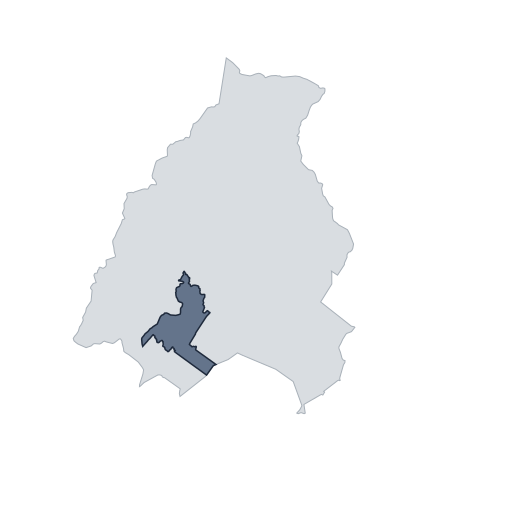 Chuquisaca highlighted on a map of Bolivia, rotated 36°
{"feature_id": "BOL-1292", "entity_name": "Chuquisaca", "entity_type": "Department", "adm_level": 1, "iso_a3": "BOL", "parent_name": "Bolivia", "parent_adm1": "", "projection": "robinson", "projection_center": [-64.786, -19.94], "detail": "fine", "context": "in_parent", "style": "filled", "palette": "slate", "viewbox_px": 512, "rotation_deg": 36, "n_neighbors": 0, "source": "natural_earth", "source_scale": "10m", "svg_char_len": 9041}
<svg xmlns="http://www.w3.org/2000/svg" viewBox="0 0 512 512"><g transform="rotate(36 256 256)"><path d="M118.4,291.2L117.7,285.0L116.8,283.5L115.3,282.5L114.8,281.3L115.3,280.0L118.1,277.5L119.6,277.0L120.0,275.7L125.1,268.5L126.7,267.0L128.5,266.0L129.3,265.1L128.9,262.4L129.0,260.7L129.6,259.5L133.0,257.4L133.4,257.0L133.2,256.3L131.7,255.0L128.6,253.8L126.6,253.9L124.6,251.9L120.5,240.9L119.8,238.4L119.8,237.4L122.5,231.9L125.5,227.6L125.2,226.6L121.8,222.3L120.8,220.3L121.1,215.8L123.0,214.5L124.0,210.5L124.8,209.9L126.7,207.1L129.1,204.7L129.3,201.7L130.1,200.8L132.2,199.9L132.4,199.1L131.9,197.1L130.9,195.0L130.0,193.9L128.8,188.7L127.6,186.1L128.9,183.8L129.7,181.1L130.0,178.1L129.8,164.7L132.4,161.4L133.7,160.7L134.9,159.5L134.8,157.4L136.6,154.6L115.5,113.2L123.7,113.3L132.6,114.8L134.1,115.7L134.5,117.1L135.5,117.8L137.9,117.4L145.2,113.9L146.3,112.7L148.8,108.8L150.8,106.6L152.7,105.8L156.4,105.5L157.5,106.1L159.0,106.1L160.3,103.8L162.3,101.3L166.1,98.2L168.1,97.4L169.3,96.3L171.5,96.1L173.3,95.0L182.2,87.2L185.9,85.2L190.0,84.3L193.2,83.2L201.1,82.1L206.3,81.6L207.9,82.7L209.7,82.4L211.3,80.7L212.6,80.1L213.5,80.2L214.9,82.2L215.6,84.4L215.1,86.1L215.2,88.5L215.8,91.7L215.5,94.6L212.6,99.8L212.4,101.4L212.5,103.5L213.4,106.9L215.0,111.7L215.3,115.2L214.1,117.5L213.6,119.4L213.7,121.1L214.1,122.3L214.8,122.9L215.2,124.3L215.3,126.2L216.2,128.2L218.0,130.0L218.7,131.8L218.4,133.5L218.5,134.5L219.0,134.9L220.2,134.1L220.7,134.3L222.0,136.7L222.8,139.1L223.0,140.5L226.8,142.0L231.9,146.6L234.2,147.9L236.4,152.9L240.3,154.1L247.7,155.3L251.2,153.7L253.5,154.0L256.0,155.1L261.5,159.4L263.8,160.1L265.4,159.0L266.9,158.6L268.1,159.1L269.3,162.7L273.5,166.7L275.1,167.8L277.0,167.7L284.8,171.4L286.8,171.7L288.9,171.5L290.3,172.2L290.8,174.4L294.3,178.7L295.9,180.5L297.9,181.9L302.9,181.9L304.4,182.3L314.6,181.0L318.4,182.9L327.9,189.0L329.8,192.9L330.2,195.1L329.7,197.3L328.9,198.1L328.6,199.5L328.9,201.6L330.4,203.5L331.7,209.8L332.6,211.1L333.2,223.6L325.9,223.9L327.2,225.1L333.8,234.1L335.3,255.2L373.4,256.7L374.4,256.7L377.2,255.5L377.9,255.6L377.7,261.1L374.9,265.3L374.7,266.7L375.1,272.3L376.0,276.8L376.5,280.9L377.6,282.2L380.9,284.3L385.8,288.3L387.8,288.9L389.5,288.3L390.5,289.9L390.7,292.6L395.1,304.6L395.9,306.2L397.2,307.1L396.9,307.7L395.8,307.9L395.3,308.8L390.3,325.7L391.5,325.8L391.8,329.2L390.3,329.5L389.9,330.2L382.0,347.9L388.2,354.2L387.6,355.3L384.5,356.2L382.8,358.8L381.3,359.1L381.8,354.7L381.3,350.8L380.9,349.9L359.9,335.7L338.6,336.0L303.7,344.2L298.0,345.3L294.3,356.2L285.9,369.7L285.9,383.2L277.1,414.3L274.9,412.4L273.3,409.4L272.9,408.1L272.7,408.0L253.5,408.2L252.5,408.8L251.2,408.8L250.2,408.2L249.2,408.3L247.8,408.9L246.5,410.0L239.8,424.2L238.9,429.3L238.5,430.2L237.4,428.4L233.9,418.0L232.0,414.2L229.8,413.1L223.1,411.0L211.0,410.6L207.1,411.0L205.1,410.8L203.1,408.6L198.5,404.9L197.6,403.7L195.8,402.9L194.8,402.8L194.1,403.6L192.4,409.5L191.4,411.1L185.1,413.6L183.5,413.9L182.6,415.3L182.2,417.3L181.4,419.0L177.0,421.7L176.1,422.8L175.6,425.5L172.4,430.0L163.5,431.9L160.6,431.8L158.6,431.6L156.6,430.1L156.4,427.6L156.7,424.9L156.5,421.3L154.9,417.0L155.0,415.6L154.8,413.5L154.0,409.6L151.9,407.6L151.1,401.5L149.4,397.9L149.1,389.4L143.5,380.0L141.2,379.4L140.7,378.8L140.4,377.4L140.5,373.9L142.3,371.5L136.3,367.0L135.9,365.8L135.9,364.8L137.5,363.0L136.5,360.7L136.6,358.7L135.9,357.8L136.0,357.1L136.6,356.6L139.5,355.9L140.4,353.8L140.5,352.1L140.0,350.9L137.3,347.8L137.2,347.3L142.6,339.6L142.5,339.0L142.0,338.2L139.0,336.0L135.7,332.4L133.4,330.5L131.7,328.7L130.9,327.2L130.6,323.0L129.5,318.9L127.9,308.9L126.6,305.2L127.9,303.2L127.8,302.7L122.7,299.8L121.6,295.2L118.4,291.2Z" fill="#d9dde1" stroke="#a8b0b8" stroke-width="1"/><path d="M287.4,367.3L286.9,368.1L286.1,369.5L285.9,370.2L286.0,381.4L249.1,381.4L246.9,381.3L246.4,381.3L246.4,381.2L246.0,380.8L245.8,380.5L245.9,380.2L246.0,379.9L245.9,379.9L245.6,379.9L245.5,380.0L244.8,380.0L244.6,379.8L244.5,379.3L244.3,379.1L243.9,379.0L243.4,379.0L243.0,379.1L242.7,379.2L242.4,378.9L242.1,378.6L241.8,379.0L241.7,379.4L241.7,380.0L241.9,381.6L241.9,381.8L241.7,382.1L241.6,382.3L241.5,382.8L241.4,383.0L241.5,383.5L241.5,384.2L241.4,384.4L241.4,384.5L241.2,384.9L241.0,385.0L240.8,385.2L240.7,385.2L239.8,385.0L239.5,384.9L238.2,385.1L237.7,385.0L236.9,384.6L236.1,383.8L235.8,383.7L235.7,383.6L235.4,383.6L234.8,383.6L234.1,383.8L233.9,383.8L233.6,383.7L233.4,383.5L232.9,382.1L232.1,381.1L231.6,380.7L231.4,380.5L231.3,380.1L231.2,380.0L231.1,379.9L230.9,379.9L230.6,379.9L230.3,379.8L230.0,379.6L229.9,379.5L229.6,379.6L229.4,379.7L229.2,380.1L229.0,380.5L228.7,381.0L228.5,381.4L228.5,381.8L228.5,382.2L228.5,382.4L228.3,382.7L228.3,382.9L228.2,383.2L228.1,383.4L227.9,383.5L227.6,383.7L227.1,383.9L226.9,384.0L226.7,384.0L226.6,383.9L226.5,383.7L226.4,383.7L226.0,383.5L225.9,383.4L225.7,383.0L225.6,382.9L225.4,382.8L225.1,382.7L224.9,382.2L224.7,382.0L224.6,381.9L224.2,382.0L224.0,381.9L223.9,381.9L223.6,381.6L223.4,381.5L223.1,381.7L222.9,381.7L222.6,381.4L222.3,381.4L222.1,381.4L221.4,380.4L221.2,380.3L221.1,380.2L220.8,380.3L220.5,380.4L220.4,380.4L220.2,380.4L219.8,380.3L219.7,380.2L219.4,380.0L219.2,380.0L218.9,380.4L218.9,380.6L218.6,385.4L218.2,386.9L218.2,387.2L218.2,388.3L218.2,388.8L217.6,394.2L217.5,395.7L215.6,394.2L212.3,390.4L211.9,389.4L211.9,389.2L211.9,388.5L212.1,385.8L212.1,385.6L212.0,385.3L212.0,385.0L212.0,384.7L212.0,384.1L213.0,380.4L213.1,377.1L213.7,375.9L213.9,375.5L214.2,373.9L214.3,373.5L216.1,369.0L214.4,361.9L214.4,361.3L214.4,360.4L214.4,360.1L214.6,359.3L214.7,359.0L214.9,358.8L215.6,357.6L215.7,357.2L215.6,356.7L215.6,356.0L215.7,355.9L215.8,355.8L216.0,355.7L216.6,355.1L217.1,354.7L217.6,354.5L218.3,354.4L218.8,354.2L221.2,354.0L221.6,353.9L226.0,351.2L227.8,349.1L228.6,347.9L228.8,347.6L228.6,347.0L228.1,346.0L226.1,343.2L225.9,342.6L225.8,342.1L225.7,341.6L225.8,341.1L225.9,340.6L226.0,340.4L225.9,340.2L225.7,339.8L225.6,339.6L225.4,339.1L225.1,338.5L224.8,337.9L224.4,337.6L223.7,337.4L223.0,337.4L221.2,338.1L220.7,338.1L220.6,337.9L220.3,338.0L219.9,338.2L219.3,337.9L217.9,337.1L217.5,336.8L217.2,336.5L216.1,336.3L215.7,336.0L215.4,335.7L214.3,334.8L214.0,334.5L213.5,333.7L212.9,333.2L212.5,332.8L212.4,332.5L212.3,331.8L212.2,331.5L212.1,331.2L211.9,331.1L211.2,330.5L210.8,329.8L210.4,328.5L210.4,328.4L210.5,328.0L211.5,326.3L211.6,326.1L211.9,325.8L212.0,325.6L212.0,325.4L211.9,325.1L211.9,324.7L211.8,324.4L211.7,324.2L211.3,323.8L211.2,323.7L211.1,323.3L211.2,323.0L211.2,322.9L212.1,322.0L212.4,321.8L212.6,321.6L212.8,321.4L213.0,320.9L213.1,320.6L213.1,320.4L213.1,320.1L213.0,319.9L212.9,319.8L212.8,319.7L212.7,319.6L212.4,319.6L211.3,319.8L210.8,320.0L208.3,321.4L208.2,321.4L208.1,321.5L207.9,321.4L207.7,321.2L207.7,320.8L207.8,320.7L208.0,320.4L208.5,319.9L208.7,319.7L208.8,319.5L208.8,319.3L208.3,316.4L208.3,315.3L208.4,314.1L208.4,313.8L208.3,313.6L208.1,313.4L207.6,313.1L207.4,313.0L207.2,312.9L207.0,312.6L206.9,312.4L206.9,312.0L206.8,311.1L206.8,310.8L206.9,310.7L207.0,310.6L207.3,310.6L207.5,310.9L207.5,311.0L207.9,311.1L208.1,311.2L208.3,311.3L208.5,311.3L209.1,311.3L209.3,311.4L209.5,311.5L209.7,311.9L209.8,312.0L210.0,312.2L210.3,312.1L211.0,311.8L211.1,311.7L211.3,311.7L211.5,311.9L213.3,312.5L213.8,312.8L214.1,312.8L214.9,312.6L215.0,312.9L215.0,313.1L215.1,313.4L215.3,313.4L215.5,313.3L215.8,313.4L215.9,314.3L216.1,314.6L216.3,314.9L216.6,315.1L216.8,315.2L217.1,315.5L217.2,316.1L217.2,316.9L217.2,317.4L217.5,317.8L217.9,317.9L218.8,317.7L219.2,317.7L219.7,317.9L220.7,318.7L221.0,318.8L221.3,318.8L221.6,318.5L221.8,318.2L221.9,317.4L222.1,317.0L222.3,316.7L222.9,316.2L223.7,315.5L225.0,314.9L226.6,314.3L227.2,314.3L227.6,314.4L227.8,314.6L228.0,315.0L228.2,315.3L228.7,315.5L229.8,315.4L230.2,315.8L230.5,316.3L230.7,316.6L231.0,316.7L231.0,316.8L231.3,317.6L231.5,317.8L232.0,318.2L232.2,318.5L232.6,319.0L232.8,319.1L233.1,319.2L234.3,319.2L234.6,319.1L234.9,319.0L236.5,317.6L237.0,317.4L237.5,317.6L237.6,317.8L237.9,318.4L238.0,318.6L238.5,319.1L238.7,319.5L238.8,319.8L238.8,320.1L238.7,320.5L238.7,321.0L238.8,321.3L239.1,322.0L239.2,322.4L239.4,323.1L239.6,323.4L240.0,323.8L240.5,324.1L241.0,324.4L241.3,325.1L241.4,325.4L241.4,325.8L241.5,326.1L241.6,326.4L241.9,326.6L242.3,326.7L242.9,326.7L243.3,326.8L243.5,327.1L243.7,327.4L244.0,327.7L244.3,327.8L244.5,327.8L244.6,328.0L245.6,331.7L245.6,332.0L245.7,332.3L245.9,332.5L246.3,332.7L246.7,332.7L247.1,332.7L247.5,332.6L247.8,332.4L248.0,332.1L248.2,331.8L248.3,331.5L248.5,329.5L248.8,329.0L249.0,328.7L249.3,328.7L249.9,328.9L250.4,329.0L251.9,328.8L252.1,329.2L251.5,333.7L251.5,335.3L252.4,353.7L252.5,354.0L252.9,354.8L253.8,365.6L254.1,366.7L254.6,366.8L256.1,366.8L257.1,367.1L257.4,367.1L257.6,367.0L257.7,366.9L257.8,366.8L258.2,366.1L258.4,365.9L258.6,365.8L258.8,365.7L259.3,365.6L259.5,365.6L259.9,365.2L260.0,365.0L260.3,364.6L260.5,364.4L261.0,364.5L261.3,365.0L262.0,366.9L262.2,367.2L262.4,367.3L262.6,367.4L287.4,367.3Z" fill="#64748b" stroke="#1e293b" stroke-width="1.5"/></g></svg>